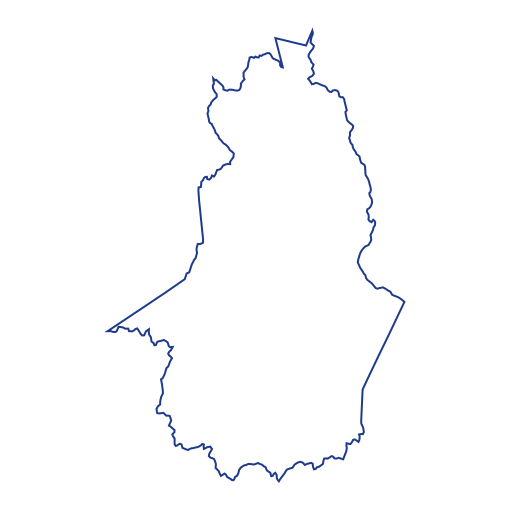 outline of Boa Viagem, Ceará, Brazil
{"feature_id": "56859067B12725266051245", "entity_name": "Boa Viagem", "entity_type": "district", "adm_level": 2, "iso_a3": "BRA", "parent_name": "Brazil", "parent_adm1": "Ceará", "projection": "equal_earth", "projection_center": [-39.829, -5.047], "detail": "fine", "context": "isolated", "style": "outline", "palette": "blue", "viewbox_px": 512, "rotation_deg": 0, "n_neighbors": 0, "source": "geoboundaries", "source_scale": "gbopen_adm2", "svg_char_len": 6014}
<svg xmlns="http://www.w3.org/2000/svg" viewBox="0 0 512 512"><path d="M313.6,64.6L312.2,63.1L311.1,61.8L310.6,59.8L309.2,58.0L308.5,56.4L308.7,54.6L309.6,53.1L311.0,51.0L312.6,49.1L313.4,47.7L313.9,45.8L312.2,44.2L310.6,42.6L311.0,39.4L311.5,37.1L312.3,35.3L312.9,33.4L312.3,30.7L309.1,38.2L306.0,45.5L275.4,38.1L282.8,67.4L281.4,67.1L280.1,65.3L280.2,62.9L278.5,60.9L275.9,59.8L274.3,59.0L272.9,58.4L271.7,56.4L270.6,54.4L269.4,53.2L267.8,53.1L266.2,53.5L264.7,54.3L263.1,54.6L261.5,55.9L259.7,55.5L258.6,57.5L256.8,57.3L255.3,56.6L254.1,57.9L251.5,56.9L249.6,57.6L249.3,59.9L248.5,62.0L248.1,64.9L247.6,67.5L246.5,68.9L245.2,70.5L243.5,72.6L243.6,74.5L243.6,77.1L244.5,79.5L243.1,80.6L240.9,83.6L240.9,86.1L240.3,88.4L239.3,90.0L237.6,90.6L235.0,90.4L232.8,89.8L229.4,89.6L227.3,90.7L224.9,90.1L223.4,89.4L223.5,87.5L222.6,85.7L219.3,82.7L216.2,79.8L214.9,80.4L213.2,78.4L213.9,83.8L212.8,85.5L213.0,88.2L214.1,90.7L215.2,92.4L216.7,94.2L216.7,96.9L215.1,98.4L213.1,100.1L211.3,102.3L210.5,104.7L209.2,105.8L208.0,107.9L208.4,111.0L207.5,113.6L208.7,118.7L209.2,121.7L210.1,123.1L211.6,123.8L212.3,125.3L213.3,127.2L214.3,129.0L215.0,130.8L215.6,132.8L217.0,134.2L218.4,136.0L218.9,138.0L221.6,141.0L223.1,142.9L224.6,144.0L225.8,144.8L227.1,146.0L228.5,147.6L229.9,150.1L232.2,151.8L233.8,153.5L233.4,157.2L230.1,161.7L230.2,164.1L228.1,163.8L225.6,164.5L223.1,165.5L221.9,167.3L220.7,168.9L219.0,169.7L217.1,170.0L216.3,172.0L215.3,174.7L214.0,176.6L212.0,175.5L210.9,178.2L209.2,179.6L207.2,179.0L206.9,176.9L205.4,176.9L203.9,178.1L203.0,180.2L201.3,181.9L201.2,184.2L200.8,187.1L198.6,187.4L198.4,190.6L199.1,200.5L203.1,239.6L203.0,242.8L200.0,244.1L197.8,243.9L196.9,246.8L196.5,249.2L197.0,253.0L195.5,258.4L194.2,259.7L193.1,262.0L191.9,264.2L191.0,266.8L190.1,269.8L189.2,272.3L186.6,273.5L185.8,276.1L184.7,279.2L166.0,292.2L107.6,331.2L111.0,331.2L113.3,332.0L115.7,331.9L116.9,330.8L118.6,326.8L122.9,327.4L125.3,328.7L128.2,328.6L129.0,331.1L132.1,331.4L134.0,330.4L135.2,329.2L137.1,328.4L138.8,330.7L140.5,333.7L142.2,335.5L144.2,335.3L145.9,331.4L148.9,329.3L148.8,331.1L149.0,334.2L150.9,337.3L151.5,341.5L153.5,343.0L154.5,345.3L155.9,345.0L156.5,343.4L157.5,341.7L158.9,341.3L161.7,340.7L163.9,340.0L165.9,341.1L167.7,342.5L168.8,346.2L170.1,347.2L172.7,346.9L171.2,349.8L169.3,351.7L168.2,353.5L168.9,355.2L170.8,356.7L172.0,358.2L170.9,360.1L170.0,361.6L169.2,363.9L168.2,366.5L166.6,367.9L165.8,370.2L165.3,372.1L164.5,374.5L162.7,378.2L161.0,379.4L161.5,381.7L162.2,385.9L162.8,390.7L162.9,393.4L161.2,396.9L160.7,399.0L160.3,400.9L160.1,404.6L157.9,406.3L156.5,408.9L157.1,412.9L159.0,413.5L161.2,413.2L163.4,412.8L166.3,415.7L168.3,415.6L169.8,416.0L170.5,418.2L171.2,420.4L170.1,423.0L168.9,425.6L170.6,426.6L173.1,428.9L174.5,430.0L174.5,432.0L172.3,434.4L173.1,436.5L174.6,438.4L174.6,441.7L174.6,444.2L175.8,445.9L177.2,445.5L178.7,444.3L180.1,443.8L181.5,444.4L182.5,447.9L184.6,448.7L186.4,449.5L188.2,449.9L189.9,448.9L191.3,448.3L193.4,448.1L195.3,447.5L197.3,447.2L199.4,446.3L200.9,445.3L202.3,444.0L203.9,444.5L203.6,446.6L203.9,448.9L205.2,448.4L206.9,447.3L210.2,446.6L212.0,449.0L209.3,453.7L208.9,456.2L210.5,457.7L212.5,458.2L214.1,459.1L215.2,461.7L215.9,464.1L215.6,468.0L217.7,470.0L218.9,471.4L219.8,473.9L220.9,475.9L224.6,473.6L225.8,474.5L227.1,476.9L229.3,478.3L230.6,478.9L231.9,480.1L233.5,480.2L234.4,478.8L235.2,476.8L237.1,475.7L238.2,473.6L239.2,469.9L240.6,467.8L242.9,466.1L244.7,465.2L246.1,465.1L247.4,464.3L248.8,463.9L254.0,464.5L255.9,463.9L257.9,463.0L260.2,464.1L262.3,464.8L263.5,466.1L265.5,467.1L266.8,470.3L268.5,471.6L270.3,472.7L271.2,476.2L272.8,475.8L273.6,474.1L275.2,472.8L276.5,474.5L276.9,478.4L277.7,479.9L278.9,481.3L280.6,478.5L284.4,473.6L285.6,471.5L287.0,469.5L290.5,468.3L292.6,467.7L294.3,464.9L296.3,463.4L298.4,462.3L300.5,461.8L302.8,462.7L304.9,465.0L306.5,464.1L309.4,463.3L311.3,462.9L312.7,463.8L313.0,466.8L314.0,469.3L315.7,468.9L316.8,467.3L319.0,466.8L321.4,465.1L323.0,463.8L323.3,461.5L324.1,458.6L325.5,458.4L327.5,458.6L329.6,457.5L331.6,456.1L333.3,456.7L334.4,458.4L336.4,458.6L338.7,457.8L341.3,458.7L343.2,459.3L344.2,456.6L345.2,454.0L346.3,451.3L346.8,447.9L346.4,445.7L346.6,443.2L348.2,443.7L350.4,444.1L351.8,442.4L353.1,439.9L354.7,439.4L356.7,440.6L358.5,441.9L359.4,439.7L359.7,436.6L359.1,434.4L361.3,434.0L362.9,434.1L363.8,432.1L363.5,429.5L363.0,427.4L361.3,423.6L361.2,420.7L362.6,389.6L367.1,379.9L379.2,354.5L388.8,334.8L404.4,301.9L401.5,299.4L399.0,297.7L397.2,296.8L392.4,295.0L391.4,293.6L390.4,291.7L388.5,290.8L385.9,289.0L383.1,287.4L379.7,288.0L377.3,288.7L375.6,288.0L371.9,283.4L367.3,279.8L366.1,278.0L365.3,275.0L363.9,273.8L362.6,271.3L360.3,268.0L357.8,262.4L358.2,259.7L358.8,257.9L359.4,255.7L360.4,252.8L361.3,251.1L362.3,249.7L363.8,247.8L365.5,246.3L366.9,245.8L368.4,245.1L369.4,243.5L370.5,241.8L371.2,239.8L371.0,237.2L370.5,235.0L372.3,231.6L373.1,229.4L373.6,227.3L374.9,225.4L375.2,222.6L374.5,220.8L373.2,219.8L371.5,222.2L369.4,220.9L368.4,219.4L368.7,217.5L368.7,215.6L368.2,213.9L367.0,212.0L367.3,209.3L369.2,208.2L370.3,207.0L371.3,205.0L372.1,202.6L371.8,199.4L370.7,197.3L369.7,195.6L369.3,193.1L370.4,191.9L370.9,189.4L370.3,186.4L369.5,183.8L369.1,181.7L368.1,179.2L367.1,177.3L365.7,175.2L365.4,173.2L365.1,166.7L364.3,164.8L361.1,162.7L360.1,159.5L359.5,156.5L357.9,155.1L356.6,154.2L355.4,151.5L353.9,149.5L352.9,147.4L352.4,144.8L351.2,143.6L350.3,142.1L349.8,139.8L349.1,138.1L350.0,135.5L349.9,132.3L351.8,129.9L352.8,128.2L353.2,126.1L352.1,124.7L350.3,123.4L348.2,121.6L347.0,119.9L346.5,117.6L345.9,115.1L345.4,112.0L346.8,110.3L344.4,100.9L344.2,99.1L342.7,97.2L340.9,97.2L339.3,96.3L338.9,94.2L338.5,92.3L337.1,90.6L335.0,90.1L332.8,90.5L331.4,92.0L329.6,91.7L327.8,90.1L326.3,87.3L324.5,86.0L322.0,85.3L319.6,84.2L317.8,83.3L315.6,82.9L313.4,84.0L311.9,84.2L310.9,82.4L309.7,80.6L308.1,78.8L309.2,77.6L310.5,76.8L312.2,76.0L313.9,73.7L313.5,71.8L312.8,70.2L311.8,68.7L312.9,66.8L313.6,64.6Z" fill="none" stroke="#1e3a8a" stroke-width="2"/></svg>